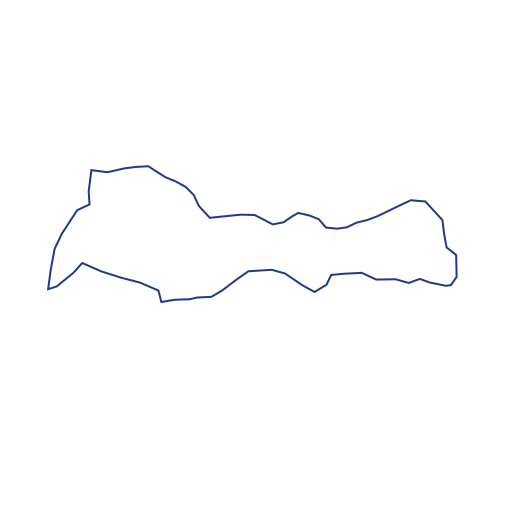 Voni, Cyprus (Albers equal-area conic projection), rotated 299°
{"feature_id": "46923920B56038902330980", "entity_name": "Voni", "entity_type": "district", "adm_level": 2, "iso_a3": "CYP", "parent_name": "Cyprus", "parent_adm1": "", "projection": "albers", "projection_center": [33.505, 35.215], "detail": "fine", "context": "isolated", "style": "outline", "palette": "blue", "viewbox_px": 512, "rotation_deg": 299, "n_neighbors": 0, "source": "geoboundaries", "source_scale": "gbopen_adm2", "svg_char_len": 1079}
<svg xmlns="http://www.w3.org/2000/svg" viewBox="0 0 512 512"><g transform="rotate(299 256 256)"><path d="M169.9,195.5L178.5,206.4L186.0,218.9L191.1,224.6L198.7,236.8L209.6,243.2L224.2,249.6L238.9,256.7L251.6,276.5L254.8,290.0L252.9,310.5L252.9,324.6L265.0,331.6L275.9,331.0L282.9,341.2L292.5,356.6L293.7,372.6L303.3,389.3L306.5,402.7L315.4,410.4L317.0,420.6L322.0,436.6L325.0,440.6L335.0,441.6L353.9,430.6L355.9,418.6L366.8,409.6L377.8,401.6L385.8,377.6L382.8,371.2L382.2,369.7L379.8,364.3L377.1,362.4L366.4,354.7L358.1,348.9L349.9,343.1L341.6,336.1L333.9,327.8L325.0,321.4L319.2,313.7L314.8,303.4L318.6,293.2L317.3,282.9L314.1,272.0L307.8,268.2L298.8,263.7L291.8,255.4L291.2,234.9L284.8,222.7L273.3,206.1L267.0,197.1L272.1,181.7L279.1,172.1L282.3,161.2L282.3,149.7L281.0,138.8L281.6,127.9L282.3,118.3L275.9,108.1L268.9,98.5L257.2,85.4L251.3,70.4L231.3,78.4L220.4,85.4L209.4,77.4L181.5,75.4L164.6,76.4L143.7,83.4L126.2,90.3L132.7,96.4L152.6,104.4L165.6,107.4L167.6,128.4L171.6,148.4L176.5,167.4L178.5,187.4L169.9,195.5Z" fill="none" stroke="#1e3a8a" stroke-width="2"/></g></svg>